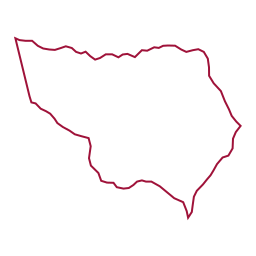 outline of Paripueira, Alagoas, Brazil
{"feature_id": "56859067B67835953872342", "entity_name": "Paripueira", "entity_type": "district", "adm_level": 2, "iso_a3": "BRA", "parent_name": "Brazil", "parent_adm1": "Alagoas", "projection": "equal_earth", "projection_center": [-35.596, -9.443], "detail": "fine", "context": "isolated", "style": "outline", "palette": "rose", "viewbox_px": 256, "rotation_deg": 0, "n_neighbors": 0, "source": "geoboundaries", "source_scale": "gbopen_adm2", "svg_char_len": 1179}
<svg xmlns="http://www.w3.org/2000/svg" viewBox="0 0 256 256"><path d="M15.4,38.3L29.5,96.2L31.4,102.4L35.6,103.4L40.7,108.7L46.0,111.2L50.2,113.7L54.6,118.8L57.4,123.1L63.0,127.1L69.5,130.6L74.8,134.3L81.4,136.2L88.6,138.1L90.7,146.2L89.0,158.2L90.9,165.6L98.4,173.0L101.2,180.8L107.0,182.6L113.5,182.8L116.8,187.2L123.5,188.6L128.8,188.0L133.4,185.0L137.0,181.6L141.9,180.4L146.0,181.6L151.4,181.6L159.8,186.3L167.2,192.4L174.2,198.2L183.2,202.2L186.7,211.1L188.1,217.7L191.8,212.0L192.8,204.4L193.9,196.7L196.8,190.8L203.0,184.4L207.0,179.4L210.6,175.2L213.5,170.4L217.0,164.1L222.6,157.5L228.4,155.6L232.6,148.4L233.0,138.7L235.8,132.1L240.6,125.9L236.3,121.6L231.7,115.9L229.0,109.4L224.9,101.2L220.9,91.1L213.7,83.3L209.1,75.8L209.0,67.3L207.8,58.6L203.8,51.9L198.3,49.2L192.8,50.2L186.3,51.9L181.2,49.5L175.1,45.7L168.1,45.5L163.1,45.8L158.8,47.9L154.2,47.3L147.2,50.7L141.9,50.2L134.9,57.1L127.5,53.9L122.7,54.5L118.4,57.3L112.1,54.3L105.8,54.3L100.0,58.0L95.1,59.6L90.2,56.1L85.6,51.7L81.0,53.5L76.1,51.9L71.8,48.0L65.8,46.3L60.9,48.0L54.9,49.9L49.3,49.5L43.2,48.5L37.8,45.8L32.1,40.8L25.5,40.8L19.5,40.1L15.4,38.3Z" fill="none" stroke="#9f1239" stroke-width="2"/></svg>